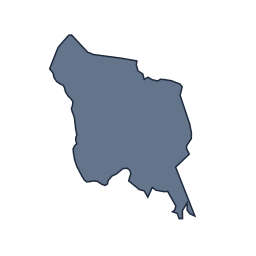 outline of Morrinhos do Sul, Rio Grande do Sul, Brazil, rotated 292°
{"feature_id": "56859067B77647106940694", "entity_name": "Morrinhos do Sul", "entity_type": "district", "adm_level": 2, "iso_a3": "BRA", "parent_name": "Brazil", "parent_adm1": "Rio Grande do Sul", "projection": "natural_earth1", "projection_center": [-49.972, -29.343], "detail": "fine", "context": "isolated", "style": "filled", "palette": "slate", "viewbox_px": 256, "rotation_deg": 292, "n_neighbors": 0, "source": "geoboundaries", "source_scale": "gbopen_adm2", "svg_char_len": 1229}
<svg xmlns="http://www.w3.org/2000/svg" viewBox="0 0 256 256"><g transform="rotate(292 128 128)"><path d="M190.2,95.6L183.2,68.6L183.2,62.0L193.1,40.8L191.7,38.2L176.9,33.1L172.4,33.0L153.5,33.2L150.9,37.9L147.0,40.6L144.4,44.3L143.5,48.1L143.3,52.1L141.4,54.1L138.0,56.6L135.1,60.6L133.8,64.0L131.7,67.1L128.0,68.1L124.7,68.3L122.2,70.2L118.1,74.0L112.3,77.3L107.7,79.7L102.3,83.2L99.1,83.2L96.7,84.4L94.2,86.4L91.6,85.2L88.1,84.9L84.0,87.0L78.6,90.4L73.7,94.5L70.1,98.6L66.8,102.5L63.7,106.5L62.5,109.7L64.0,112.8L65.9,115.5L67.0,119.7L66.0,124.6L66.2,128.3L68.4,129.9L71.8,129.3L74.5,130.1L77.7,131.3L80.9,134.4L88.6,138.6L90.3,142.3L89.4,145.8L86.6,147.7L79.2,148.4L76.2,158.4L75.1,161.4L75.8,166.5L71.3,172.3L82.0,172.8L80.8,177.2L82.5,185.4L84.0,188.6L73.6,201.6L69.5,202.1L67.0,200.6L67.3,205.6L63.1,209.4L64.4,212.5L71.8,209.4L80.6,210.8L74.0,213.6L71.7,217.4L71.4,223.0L73.8,220.7L109.5,186.8L126.7,194.6L131.1,189.8L133.6,189.0L141.9,190.7L147.3,188.6L155.1,183.5L159.6,179.6L177.8,164.1L186.5,162.8L188.2,159.7L188.1,150.5L186.6,144.0L185.4,139.9L182.8,138.0L181.8,132.2L182.6,127.5L179.1,124.8L183.6,121.5L184.7,115.9L189.7,112.0L193.5,111.1L190.2,95.6Z" fill="#64748b" stroke="#1e293b" stroke-width="1.5"/></g></svg>